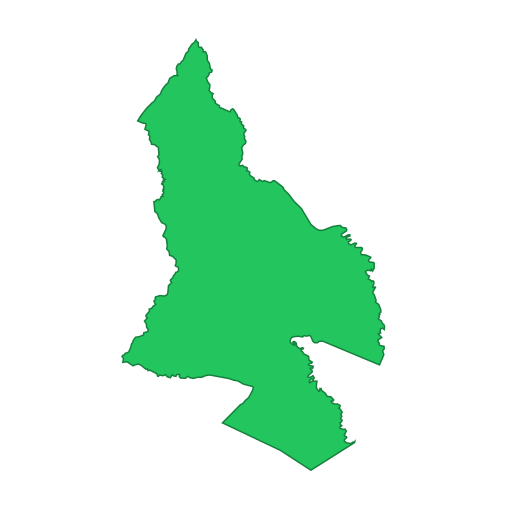 the district of El Cantón Del San Pablo (Managrú), Chocó, Colombia, rotated 21°
{"feature_id": "7082276B94568538347754", "entity_name": "El Cantón Del San Pablo (Managrú)", "entity_type": "district", "adm_level": 2, "iso_a3": "COL", "parent_name": "Colombia", "parent_adm1": "Chocó", "projection": "albers", "projection_center": [-76.776, 5.377], "detail": "fine", "context": "isolated", "style": "filled", "palette": "green", "viewbox_px": 512, "rotation_deg": 21, "n_neighbors": 0, "source": "geoboundaries", "source_scale": "gbopen_adm2", "svg_char_len": 6146}
<svg xmlns="http://www.w3.org/2000/svg" viewBox="0 0 512 512"><g transform="rotate(21 256 256)"><path d="M167.0,397.9L168.9,398.8L169.8,403.0L173.0,401.2L174.3,401.1L180.6,402.6L182.5,400.6L185.2,399.0L187.6,399.1L193.9,401.2L195.1,400.3L196.3,401.7L198.1,400.6L205.6,401.5L207.4,403.5L208.1,403.2L208.6,401.8L212.1,401.1L214.1,399.2L216.4,400.6L219.5,400.4L220.5,396.7L221.7,397.5L224.4,397.1L224.4,395.2L227.1,393.9L227.6,396.0L229.2,397.0L234.0,395.4L235.3,392.9L238.5,393.2L241.2,392.8L245.7,389.7L248.6,388.8L251.9,385.7L255.3,383.7L274.6,380.1L280.1,379.9L283.7,379.1L290.1,380.1L299.6,379.1L300.7,379.7L300.9,383.1L299.9,390.8L297.8,394.7L296.6,398.4L294.7,400.5L284.5,423.8L348.3,428.7L384.0,436.3L414.9,394.8L414.7,393.8L414.4,394.6L413.1,395.0L412.2,396.9L407.8,398.0L404.8,397.2L404.4,395.7L405.8,393.0L405.1,392.3L403.3,392.3L402.7,391.9L403.0,387.0L401.1,385.7L399.8,386.6L396.3,386.8L395.6,385.3L396.9,383.7L395.4,383.2L394.2,381.8L395.2,380.2L395.3,378.5L393.0,377.4L393.6,374.9L391.8,373.1L392.5,371.0L389.5,368.8L387.7,368.4L388.5,366.6L388.0,365.3L384.9,365.0L382.5,366.1L379.1,365.7L378.3,364.6L380.2,363.4L380.0,362.4L376.4,360.6L372.8,361.5L369.9,359.3L365.1,357.9L364.3,356.4L363.2,356.7L363.7,359.4L363.2,359.8L359.4,357.3L357.7,351.0L355.8,351.9L353.8,351.9L352.0,354.8L351.1,354.9L350.7,354.2L351.4,351.0L353.8,350.4L354.0,348.9L352.1,347.3L350.9,349.0L349.1,350.4L347.7,350.3L347.6,349.1L350.0,344.2L349.5,342.9L347.4,342.2L347.0,341.6L347.4,340.8L349.1,340.6L349.0,338.4L344.6,339.1L344.1,338.7L344.2,337.4L346.4,336.0L346.5,334.9L342.7,334.2L341.4,331.3L340.6,330.7L335.8,330.3L333.7,328.7L332.1,328.4L331.8,327.4L333.3,325.7L333.3,325.0L332.1,325.1L330.6,326.4L329.4,326.8L326.3,325.6L324.8,322.9L322.6,322.1L321.5,322.5L321.4,323.5L323.8,324.3L324.2,325.5L323.7,325.8L320.7,325.1L318.3,323.8L318.1,321.1L318.6,319.1L320.4,317.7L324.3,315.7L328.5,314.9L329.5,313.0L332.0,312.7L334.4,310.9L336.0,311.5L339.8,315.3L341.5,316.0L344.4,315.0L345.6,313.0L348.8,311.6L410.3,313.4L410.7,302.3L408.1,298.9L409.0,296.9L407.9,294.4L403.4,295.1L402.6,294.5L402.4,293.1L400.7,292.3L400.7,291.4L399.9,290.5L402.6,287.1L398.1,285.0L399.9,283.2L398.8,281.8L398.4,279.7L399.8,278.0L402.1,278.7L401.4,276.0L399.9,274.1L398.1,273.7L396.3,271.7L392.8,270.9L392.9,268.5L392.1,267.7L392.7,266.3L391.7,265.6L392.7,263.5L391.7,261.4L387.9,257.2L383.9,256.3L384.2,255.1L383.8,254.1L380.5,250.1L378.0,248.5L378.7,242.4L377.9,242.3L377.0,243.4L375.9,243.0L376.0,239.6L375.1,237.5L373.9,237.3L373.1,238.3L372.0,237.5L369.1,237.3L369.1,234.1L366.5,233.8L364.1,231.8L363.9,230.9L365.4,229.2L368.5,228.7L368.4,227.0L370.3,228.2L370.4,226.1L370.8,225.6L368.9,220.2L367.2,220.0L364.6,220.9L362.9,220.3L362.5,218.9L363.6,217.1L363.6,216.0L358.2,215.7L353.7,217.0L352.3,215.4L353.0,211.9L352.4,210.6L351.2,210.3L346.8,212.1L345.2,212.1L344.5,211.0L345.5,208.6L345.2,208.2L343.8,208.4L340.8,211.5L338.1,211.4L337.1,209.7L338.9,207.5L338.8,206.5L337.6,206.5L334.6,208.0L333.6,206.9L333.9,206.0L336.5,203.7L336.1,202.6L334.5,203.1L331.2,207.0L328.6,206.7L328.0,205.0L331.5,200.1L331.2,198.6L329.7,197.6L326.1,198.4L324.0,197.3L322.3,197.9L316.9,201.1L309.4,207.9L306.1,209.3L302.7,209.2L296.0,206.9L281.3,195.4L272.2,191.5L264.4,186.6L258.2,184.0L257.0,182.4L255.3,181.7L246.2,179.0L244.6,180.0L244.0,181.7L242.3,182.5L236.8,182.6L235.2,184.2L231.8,183.4L230.8,185.8L230.2,186.0L227.2,185.5L226.3,184.0L221.6,182.9L220.5,182.0L220.3,180.0L218.1,179.4L216.6,179.7L216.5,177.4L215.9,176.7L213.0,176.9L210.8,176.2L209.1,177.6L207.6,177.4L207.1,176.3L208.4,170.6L206.9,167.9L207.2,166.4L206.7,164.5L203.9,160.3L204.3,156.9L205.6,155.3L205.8,153.3L204.8,151.7L203.3,151.1L202.7,148.6L201.2,147.2L200.8,145.4L201.6,142.6L201.4,141.8L198.2,140.8L197.8,138.8L195.2,138.1L194.4,135.9L192.8,136.2L192.2,133.7L190.8,133.1L189.4,133.3L188.0,131.2L182.5,127.1L181.3,127.0L180.3,128.5L180.1,130.5L179.1,130.8L170.8,130.3L169.3,130.7L167.9,128.8L163.4,128.0L162.4,126.0L158.6,124.2L157.5,121.8L157.9,119.8L155.4,119.6L152.7,118.2L152.6,116.0L151.6,112.6L148.7,110.8L145.7,107.5L146.7,105.7L147.1,103.1L146.7,101.8L148.7,100.1L148.4,98.1L146.4,97.6L143.4,92.8L141.0,91.2L139.9,89.7L138.8,86.7L136.1,83.7L135.5,83.4L133.4,84.3L132.8,82.5L130.2,80.7L128.3,81.6L127.3,81.2L125.5,77.4L123.1,76.6L122.4,75.7L121.9,78.8L120.5,80.8L118.9,87.0L119.5,88.9L118.0,91.9L117.8,99.5L116.5,102.0L116.4,103.7L114.7,104.6L114.1,106.9L114.4,109.7L116.3,112.2L117.1,114.6L118.3,115.6L114.7,117.2L111.8,121.1L111.8,126.3L110.6,128.1L109.2,132.4L108.6,136.1L108.9,138.7L106.3,143.1L105.5,148.4L104.2,150.0L101.1,156.9L98.2,166.3L97.1,172.3L102.3,172.5L105.0,171.9L106.3,172.3L106.9,177.5L111.5,177.9L112.1,181.3L114.1,182.3L114.6,185.2L117.4,187.4L118.4,189.1L122.1,188.3L123.5,189.2L125.8,189.4L129.2,196.4L128.5,198.4L131.5,200.8L132.7,205.2L132.3,208.8L133.5,209.9L134.6,210.1L134.6,211.5L136.4,209.5L136.4,211.3L137.5,210.7L138.3,211.2L138.0,212.9L139.9,213.9L140.2,216.1L143.6,216.9L142.2,218.2L143.5,218.8L143.5,219.6L142.4,219.7L142.0,220.5L143.0,222.0L141.5,222.5L143.2,222.8L145.4,224.4L145.3,225.6L145.9,226.4L145.3,227.2L146.3,228.0L145.7,228.9L147.1,229.6L147.2,231.4L146.4,232.2L147.8,233.7L146.2,234.4L145.9,238.1L144.0,238.4L142.8,239.8L142.8,240.8L141.2,241.9L145.6,250.7L148.7,251.8L151.9,255.5L155.9,258.6L159.6,258.9L160.8,259.5L162.1,261.4L162.3,263.7L161.8,270.5L163.0,271.2L164.7,271.3L166.7,272.7L167.1,274.0L168.0,274.8L168.1,276.0L169.1,276.9L170.2,281.5L173.3,283.0L175.1,286.4L178.3,286.2L183.0,288.4L184.1,291.8L184.0,293.8L184.9,294.3L187.2,294.3L188.6,296.2L188.8,297.3L188.1,299.3L186.9,300.1L186.8,302.4L185.9,304.4L186.3,305.9L184.7,308.9L184.8,309.7L186.8,311.1L184.9,315.0L186.9,321.9L187.0,323.9L184.8,326.3L180.6,327.3L176.9,330.2L176.9,331.3L177.8,332.6L176.8,334.6L179.6,337.4L177.8,340.1L177.4,342.1L175.3,343.9L176.3,345.7L174.5,351.0L175.2,352.1L176.8,352.8L175.2,356.7L178.1,358.9L179.5,361.8L181.8,363.4L182.1,365.4L178.8,367.8L179.2,370.1L176.0,373.1L172.6,375.1L171.6,379.0L171.9,381.4L171.3,382.5L171.8,385.7L171.6,390.9L170.5,392.6L168.9,393.5L168.3,395.7L167.1,396.7L167.0,397.9Z" fill="#22c55e" stroke="#15803d" stroke-width="1.5"/></g></svg>